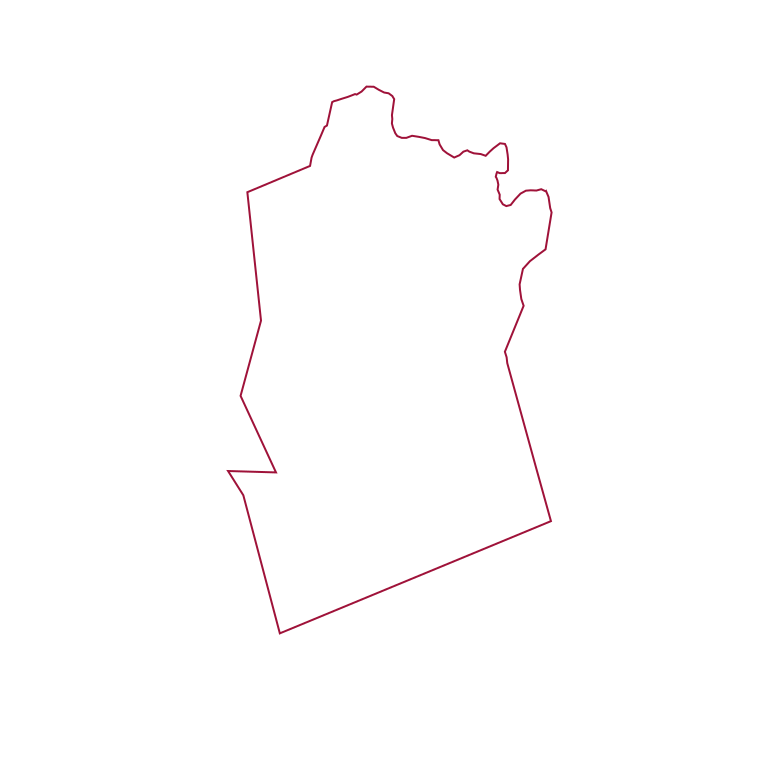 the district of San Miguel Yotao, Oaxaca, Mexico, rotated 299°
{"feature_id": "50627088B59382094146317", "entity_name": "San Miguel Yotao", "entity_type": "district", "adm_level": 2, "iso_a3": "MEX", "parent_name": "Mexico", "parent_adm1": "Oaxaca", "projection": "albers", "projection_center": [-96.324, 17.347], "detail": "fine", "context": "isolated", "style": "outline", "palette": "rose", "viewbox_px": 768, "rotation_deg": 299, "n_neighbors": 0, "source": "geoboundaries", "source_scale": "gbopen_adm2", "svg_char_len": 1438}
<svg xmlns="http://www.w3.org/2000/svg" viewBox="0 0 768 768"><g transform="rotate(299 384 384)"><path d="M605.4,202.0L582.4,208.8L580.0,207.4L570.6,208.4L550.0,210.4L546.9,210.9L538.9,213.6L485.5,171.5L379.8,245.7L304.1,264.3L254.3,332.4L232.3,289.8L218.5,314.9L115.4,413.8L116.2,414.4L345.0,596.5L384.3,557.8L462.0,481.7L466.8,478.3L470.8,474.1L520.1,468.2L524.9,462.9L532.3,457.3L536.9,454.3L552.1,449.7L552.8,449.9L562.2,452.1L572.0,456.3L580.1,460.0L615.3,447.4L618.4,444.1L627.4,437.2L631.3,432.2L630.9,432.1L630.6,427.1L627.1,423.5L624.6,418.5L621.9,414.4L616.7,411.1L608.8,409.1L602.0,408.0L598.9,404.7L598.8,400.8L601.8,395.4L605.7,393.4L609.1,389.1L613.7,387.4L617.0,384.6L618.9,382.3L619.2,381.7L619.4,381.3L622.6,380.4L624.2,380.2L624.5,382.9L627.1,387.5L631.0,388.8L640.7,383.6L644.6,380.9L650.4,376.4L652.6,373.4L650.8,368.8L646.5,366.9L643.4,365.5L638.4,363.8L632.9,362.3L632.0,357.1L629.3,350.7L628.6,346.0L628.8,343.6L625.7,340.8L620.7,339.1L616.1,335.6L616.4,327.2L617.2,322.2L620.5,316.5L623.6,313.4L620.4,307.4L619.0,300.7L617.0,294.5L614.7,288.2L610.1,284.2L607.9,280.3L607.3,275.4L608.8,272.3L612.7,267.5L615.7,264.6L619.8,262.8L623.0,260.6L638.1,254.8L639.8,251.8L639.9,251.7L640.5,247.1L639.0,242.8L638.8,236.9L639.0,231.3L639.0,230.9L635.6,224.5L628.9,222.6L623.9,219.8L623.5,218.1L620.7,215.8L617.5,213.1L612.8,208.6L609.1,205.2L607.2,203.2L605.4,202.0Z" fill="none" stroke="#9f1239" stroke-width="2"/></g></svg>